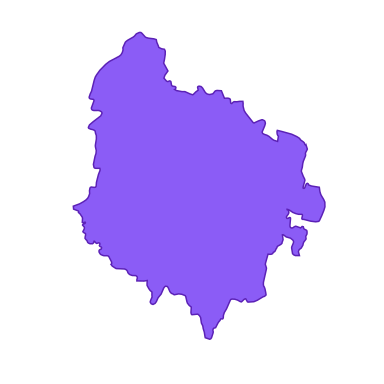 Tan Yen, Bắc Giang, Vietnam, rotated 200°
{"feature_id": "81297802B62704406726497", "entity_name": "Tan Yen", "entity_type": "district", "adm_level": 2, "iso_a3": "VNM", "parent_name": "Vietnam", "parent_adm1": "Bắc Giang", "projection": "natural_earth1", "projection_center": [106.095, 21.389], "detail": "fine", "context": "isolated", "style": "filled", "palette": "violet", "viewbox_px": 384, "rotation_deg": 200, "n_neighbors": 0, "source": "geoboundaries", "source_scale": "gbopen_adm2", "svg_char_len": 5935}
<svg xmlns="http://www.w3.org/2000/svg" viewBox="0 0 384 384"><g transform="rotate(200 192 192)"><path d="M306.3,303.9L305.4,301.9L305.2,299.3L305.7,296.6L306.8,294.7L314.3,286.4L316.8,282.4L320.2,274.9L321.7,269.6L322.2,267.0L322.1,263.4L320.9,252.4L321.2,249.3L321.1,246.0L320.8,245.4L320.3,244.9L319.3,244.7L316.4,245.3L315.9,245.1L315.4,244.5L315.3,243.3L315.3,236.5L314.8,235.6L314.2,235.1L313.3,234.9L312.1,235.0L308.1,236.5L306.8,236.8L304.6,236.4L304.0,236.0L303.5,235.2L303.8,232.3L309.0,224.1L311.3,220.0L311.5,217.4L311.3,216.9L310.7,216.5L308.6,216.4L306.4,216.7L305.1,216.6L303.8,216.1L302.9,214.4L301.2,212.3L300.0,209.1L298.8,202.8L298.2,201.4L296.2,198.3L295.4,195.4L295.3,192.3L294.1,184.2L292.5,181.6L291.8,181.2L290.6,181.3L286.7,182.7L286.1,181.8L285.8,180.7L285.9,176.6L285.5,172.3L285.1,168.4L284.1,164.8L284.2,163.8L284.5,163.4L285.5,162.9L288.4,162.2L289.1,161.5L289.2,160.6L288.8,158.2L287.6,155.4L287.6,152.3L287.9,150.5L288.9,148.3L290.6,145.9L293.5,142.5L298.7,138.1L297.4,135.4L292.4,135.3L291.9,135.0L291.7,133.9L289.8,133.2L286.5,130.8L285.9,129.9L284.7,125.9L283.8,125.9L282.2,127.1L281.6,126.6L281.8,125.8L283.2,124.6L283.6,123.8L283.5,123.4L281.5,122.4L281.0,121.9L280.6,120.5L281.0,117.5L280.3,116.9L277.9,116.5L277.3,115.2L277.1,113.5L276.7,111.9L275.4,111.0L274.2,110.5L272.8,109.0L271.9,108.6L270.2,108.5L267.7,109.4L267.2,110.4L267.1,112.3L266.4,112.2L265.4,111.4L263.9,111.1L262.4,112.3L261.2,112.3L260.8,111.7L260.7,111.2L260.7,109.9L260.0,109.4L258.4,109.2L257.9,108.7L257.8,107.6L258.0,107.1L258.9,106.3L259.2,105.8L259.3,105.2L258.9,104.0L258.4,103.4L257.1,102.4L256.5,102.1L254.5,101.9L252.9,102.0L250.0,103.1L248.9,103.2L248.1,102.9L243.7,98.8L243.2,97.8L243.0,97.3L243.1,96.7L243.4,96.3L241.6,95.1L238.2,94.3L237.1,94.1L229.0,96.6L227.5,96.5L226.8,96.3L225.6,95.5L224.6,94.2L222.9,93.3L222.0,93.1L219.6,93.1L216.2,94.2L214.8,93.8L214.1,92.9L213.9,92.3L213.9,91.1L213.4,89.6L206.7,91.9L203.8,93.5L202.8,90.2L202.2,88.8L199.5,86.4L197.6,85.1L195.6,84.4L195.1,83.5L194.6,81.9L193.6,79.6L193.8,76.2L193.7,74.5L193.3,73.9L192.0,73.0L190.2,73.0L188.6,74.7L188.3,75.8L188.0,76.7L187.7,81.0L186.1,85.5L185.7,92.3L185.1,93.9L184.7,94.4L183.0,94.8L182.7,94.7L181.5,93.8L178.7,90.8L176.7,89.7L175.3,89.7L174.1,89.4L173.4,89.4L169.7,91.7L166.6,92.4L163.0,92.3L162.1,91.6L159.4,87.4L158.3,86.0L155.9,84.5L153.3,83.6L151.8,78.5L151.3,77.6L150.5,76.7L149.8,76.8L144.8,79.2L142.7,78.4L141.0,77.0L138.3,72.0L136.1,69.9L134.7,67.4L132.5,64.5L130.3,60.5L129.7,59.6L125.0,59.7L124.2,60.4L123.8,61.7L124.0,67.0L124.3,68.0L125.2,69.4L125.2,70.9L125.0,71.4L123.4,72.6L122.8,77.6L122.4,79.3L121.8,80.8L121.6,82.4L121.3,82.8L120.0,83.1L119.6,83.6L119.6,84.5L120.3,86.9L120.4,89.8L119.6,94.0L119.0,103.5L118.7,104.4L117.7,105.1L115.1,105.9L112.2,106.0L109.0,105.5L107.9,105.7L106.4,108.8L105.6,109.7L105.0,110.0L102.4,107.8L101.7,107.7L96.3,110.1L93.6,112.6L89.4,117.8L88.1,118.8L87.2,120.6L88.2,122.5L90.2,125.8L91.6,127.5L92.4,128.0L93.3,129.5L94.0,131.6L95.7,144.7L96.0,146.0L98.3,149.0L98.6,150.3L99.3,159.6L97.4,160.1L96.3,160.6L95.2,161.6L94.9,163.2L94.0,164.1L93.7,165.0L93.5,167.4L93.2,168.5L93.2,170.1L90.6,173.1L89.9,174.5L90.1,175.4L90.1,178.3L92.4,182.7L91.9,183.0L91.3,183.0L88.1,182.0L83.7,182.3L80.8,181.3L79.8,180.5L79.5,179.7L79.3,179.0L79.5,174.6L79.3,173.6L76.4,168.4L74.8,167.7L73.2,167.6L69.3,169.0L71.6,172.3L71.7,173.9L71.1,175.3L70.2,176.6L69.6,179.9L69.9,182.0L69.8,183.3L68.8,186.5L68.8,187.0L69.7,188.7L69.9,189.3L69.6,191.7L69.8,192.6L70.3,194.0L71.0,195.1L71.7,195.3L73.7,195.5L74.5,195.9L75.5,197.4L76.7,197.3L77.7,195.4L82.2,195.4L83.1,195.2L84.1,194.2L84.8,193.1L85.5,192.5L86.3,192.2L86.8,192.2L87.7,192.6L88.2,193.3L88.6,194.2L90.3,200.7L90.7,201.4L91.3,201.5L91.8,201.3L92.7,200.1L93.8,199.7L94.4,200.2L94.7,200.8L94.7,201.5L93.9,204.3L93.9,205.6L94.6,207.0L95.3,207.7L96.2,207.9L96.6,207.9L96.7,208.3L95.2,208.4L93.3,208.1L90.3,207.3L87.0,207.2L84.2,207.5L81.1,208.6L80.7,208.5L80.4,208.2L80.1,207.4L79.9,205.5L79.8,204.9L79.5,204.3L78.8,204.1L77.5,204.5L70.3,205.2L65.6,206.3L63.1,207.6L62.5,208.4L62.0,214.1L61.8,219.7L62.0,223.5L63.7,227.9L65.7,230.0L68.9,232.6L70.2,233.8L72.0,236.2L74.0,240.0L81.7,238.5L84.6,238.5L85.7,239.5L86.6,239.6L87.1,239.1L87.4,238.5L87.5,234.4L88.0,233.7L89.0,233.8L89.3,234.9L89.9,241.6L90.5,242.6L92.9,244.9L96.3,248.8L96.6,249.9L96.8,252.9L97.6,256.4L97.9,258.8L97.7,264.7L97.9,265.7L98.5,266.7L98.7,267.9L98.3,271.0L98.3,271.8L101.0,275.3L101.1,274.8L102.2,275.3L103.3,276.6L104.6,277.2L107.8,278.1L109.3,279.2L112.4,279.9L118.1,280.4L128.3,279.6L132.9,279.1L132.9,278.5L132.8,277.8L131.8,275.6L130.7,274.4L129.9,274.0L128.9,268.8L132.8,268.6L134.4,269.0L138.7,270.6L141.1,271.0L143.3,270.9L144.6,271.0L145.6,271.2L146.4,272.0L146.6,272.7L146.3,279.0L146.5,281.5L146.9,282.3L147.7,283.4L148.3,283.8L150.4,284.0L151.1,283.8L153.9,281.5L157.3,278.1L158.2,278.1L168.4,284.4L170.9,286.4L173.4,290.2L174.3,292.8L175.2,294.6L178.0,293.6L180.8,292.1L183.3,291.3L184.0,290.5L184.9,288.7L185.7,288.7L186.0,288.8L186.3,289.3L187.7,292.1L188.5,292.6L190.3,292.5L193.6,291.2L199.0,297.2L203.2,296.0L204.4,295.2L205.0,294.4L205.4,292.9L206.0,291.4L208.6,289.7L209.9,289.4L211.3,289.3L212.7,289.7L213.7,290.2L217.6,293.3L218.8,293.9L219.6,294.2L221.6,293.9L222.5,293.1L222.6,292.4L221.3,290.3L221.1,289.7L222.7,287.3L224.2,284.0L224.7,283.6L227.1,283.5L233.0,283.9L235.8,282.9L241.3,282.0L243.3,282.4L243.0,282.7L242.7,283.4L242.9,284.8L243.3,285.1L244.0,285.3L246.7,284.8L247.7,285.3L249.6,288.5L250.1,288.8L251.2,288.7L252.3,287.6L252.9,287.4L254.1,287.6L257.3,289.4L257.4,292.4L256.0,297.5L262.7,303.4L263.2,307.1L264.2,312.0L265.3,315.2L266.7,316.7L269.5,316.2L272.7,316.5L273.2,317.3L276.4,320.8L277.7,323.0L280.2,322.9L285.4,321.7L287.6,321.5L288.8,321.6L293.3,324.0L294.5,324.4L295.5,324.2L296.3,323.7L298.4,321.6L299.4,318.8L300.2,317.5L304.3,312.7L305.4,311.0L305.9,309.9L306.3,303.9Z" fill="#8b5cf6" stroke="#5b21b6" stroke-width="1.5"/></g></svg>